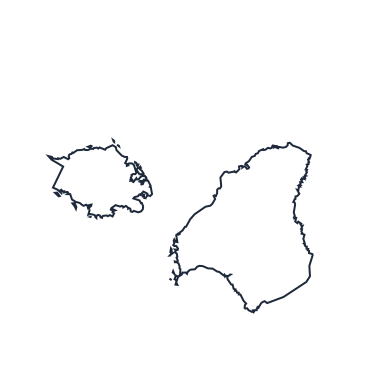 outline of Bombana, Sulawesi Tenggara, Indonesia, rotated 118°
{"feature_id": "22746128B28760414544557", "entity_name": "Bombana", "entity_type": "district", "adm_level": 2, "iso_a3": "IDN", "parent_name": "Indonesia", "parent_adm1": "Sulawesi Tenggara", "projection": "mercator", "projection_center": [121.865, -4.925], "detail": "fine", "context": "isolated", "style": "outline", "palette": "slate", "viewbox_px": 384, "rotation_deg": 118, "n_neighbors": 0, "source": "geoboundaries", "source_scale": "gbopen_adm2", "svg_char_len": 6110}
<svg xmlns="http://www.w3.org/2000/svg" viewBox="0 0 384 384"><g transform="rotate(118 192 192)"><path d="M217.7,48.8L211.0,48.3L202.1,53.7L191.2,55.8L190.3,56.6L191.0,60.0L189.0,61.0L189.1,62.5L187.7,62.7L188.2,64.3L186.3,65.0L186.7,66.2L186.2,67.3L185.1,67.6L185.0,69.1L184.0,68.7L181.1,71.7L176.9,72.6L177.3,75.5L176.5,75.3L175.5,76.9L173.2,77.3L173.4,78.3L169.7,78.5L170.4,79.6L169.5,81.1L168.7,80.8L168.3,84.2L170.0,84.3L169.6,87.0L166.2,87.8L167.1,89.0L166.1,89.1L166.5,90.0L164.8,90.1L162.3,92.5L154.6,95.1L153.0,96.6L153.3,97.8L150.3,98.0L149.7,97.4L147.3,98.5L146.3,97.2L143.2,96.4L140.8,100.0L140.7,98.9L137.3,100.0L136.7,99.2L136.5,100.4L135.7,99.8L136.0,100.9L133.8,99.9L132.6,101.1L131.5,99.2L129.9,101.6L128.5,101.4L129.0,100.4L127.8,100.0L127.7,98.9L126.7,100.0L126.5,98.8L125.3,99.9L124.4,99.1L124.5,100.0L120.6,99.8L120.2,100.7L118.5,100.8L118.8,102.2L114.8,102.3L113.9,103.5L112.6,102.2L111.2,103.2L110.6,102.7L108.9,104.7L107.5,103.9L107.2,104.7L105.5,104.0L103.6,104.6L103.9,109.0L102.5,110.6L103.3,112.1L102.6,117.9L103.7,124.8L102.6,128.7L103.9,130.3L106.0,129.5L108.1,130.2L110.1,132.4L111.4,136.5L112.5,136.6L112.8,135.6L113.4,140.2L114.2,140.7L112.7,141.5L113.1,142.6L115.7,142.5L116.8,143.3L117.3,145.6L120.3,147.1L121.5,148.8L120.9,149.4L124.4,152.1L126.7,152.0L128.6,153.7L130.6,153.5L133.0,155.7L138.0,156.2L141.6,158.1L142.6,157.9L142.2,156.0L143.4,153.2L144.7,153.2L145.8,154.5L144.5,156.6L145.1,158.1L146.8,159.0L145.5,159.5L145.6,160.4L147.4,162.5L149.5,160.9L154.0,162.2L154.3,163.9L152.9,164.1L154.1,164.3L157.8,168.8L157.6,170.8L159.2,172.7L165.9,173.7L173.2,168.9L175.6,168.9L176.5,170.4L178.3,170.8L181.2,169.3L184.3,169.0L184.5,170.7L185.3,171.1L187.3,168.3L192.7,168.5L195.4,169.3L198.7,173.2L210.3,179.2L216.8,180.8L225.3,180.9L226.1,181.9L230.4,182.3L233.4,183.7L234.9,183.1L236.0,184.0L235.3,184.8L237.5,185.7L243.1,181.4L243.5,182.8L242.1,185.4L243.5,185.3L245.5,183.6L247.7,183.6L248.0,182.2L247.0,180.8L248.5,177.8L249.8,177.5L250.8,180.0L251.4,178.6L253.2,179.0L253.5,176.6L256.1,174.5L257.1,174.9L259.4,172.2L261.0,172.8L261.4,174.6L262.0,174.1L261.2,172.9L261.3,170.5L263.5,168.0L265.1,167.4L265.6,166.0L270.4,163.8L273.1,164.2L269.5,162.2L267.6,162.5L266.0,159.7L266.6,158.0L264.3,158.3L261.4,157.0L258.8,153.1L255.6,152.4L253.8,150.9L252.4,147.8L251.9,141.9L250.0,137.9L250.4,132.4L249.8,130.5L250.8,124.9L249.8,124.6L251.2,123.1L250.0,122.8L249.7,121.3L248.3,120.0L246.9,119.5L246.8,119.2L250.4,121.2L252.4,119.5L255.3,113.9L254.7,112.7L258.0,109.7L257.6,107.9L259.0,107.7L258.5,106.4L259.7,104.9L259.0,103.5L260.5,102.6L259.8,101.1L263.9,95.3L265.1,91.8L266.9,92.2L269.6,91.2L269.9,90.2L268.8,88.8L269.8,86.5L269.7,82.7L268.5,82.2L269.1,81.2L268.2,81.1L267.7,82.3L266.0,79.5L265.2,80.0L263.4,79.1L263.3,80.1L262.5,80.1L262.1,79.0L257.3,78.7L255.2,77.4L254.3,76.6L254.8,73.5L241.7,61.9L217.7,48.8ZM253.4,316.8L253.1,311.6L254.2,307.4L252.2,308.9L251.4,308.5L252.1,306.5L251.4,305.3L252.7,305.1L250.4,302.0L251.1,300.5L252.4,301.1L251.1,298.5L255.0,294.4L255.3,289.9L254.4,286.0L255.1,282.4L255.0,281.1L252.9,279.5L253.1,278.0L250.3,274.9L251.6,274.5L254.4,275.6L256.2,273.9L260.7,272.9L259.2,271.4L258.2,268.0L258.2,266.2L259.4,265.8L259.8,264.3L258.2,265.2L256.3,264.2L256.0,262.3L257.3,260.8L257.0,259.3L255.9,259.8L254.7,259.2L252.7,256.1L252.9,255.0L250.9,253.6L250.9,250.7L247.5,250.7L247.3,252.6L245.7,252.4L244.2,251.1L244.3,253.8L245.7,254.1L245.7,255.4L244.0,255.6L239.5,253.3L238.6,248.6L237.3,247.6L237.1,246.1L237.9,245.5L235.3,243.8L235.9,240.8L236.7,240.5L235.7,239.7L235.8,238.5L237.9,237.0L237.6,235.3L236.0,234.6L235.2,230.0L233.1,227.9L230.4,227.3L227.6,228.4L225.3,231.1L225.8,231.8L224.1,234.4L225.2,240.7L223.5,240.4L221.0,237.6L219.0,237.4L218.3,236.7L219.1,235.2L218.1,236.1L214.4,235.1L214.4,230.6L216.8,229.8L215.6,229.5L215.2,227.0L212.6,226.3L207.0,230.7L207.2,231.7L205.8,231.6L202.6,236.2L204.4,239.5L208.1,239.1L209.6,240.9L208.5,240.2L207.0,241.0L207.4,243.2L206.6,243.0L205.1,240.3L203.7,240.3L203.0,237.1L201.0,239.1L202.2,239.5L200.8,239.3L199.9,241.3L202.1,244.3L206.1,245.2L206.8,246.7L206.0,247.6L210.7,248.4L210.5,250.9L211.1,251.7L210.1,252.1L209.2,250.7L208.3,252.7L205.9,252.7L205.4,253.4L203.8,252.5L202.9,250.5L200.2,250.0L200.3,251.0L195.5,255.9L194.9,258.0L195.8,260.3L196.8,261.4L198.3,260.7L199.5,261.8L197.8,262.7L197.8,264.6L193.0,264.8L191.6,265.8L192.7,268.2L192.8,271.1L190.5,278.3L188.2,280.3L188.0,284.1L193.4,288.2L195.4,288.5L196.1,294.6L197.6,295.1L197.5,296.9L199.4,299.4L200.3,299.4L201.4,301.9L203.8,303.5L205.1,306.1L204.6,307.3L206.1,308.4L209.2,313.2L213.3,315.2L213.3,316.2L214.9,316.3L216.5,317.9L218.4,317.6L219.8,316.2L221.2,316.8L221.3,321.7L224.5,323.9L225.2,326.1L225.9,325.8L227.7,330.8L226.8,332.1L227.7,335.7L229.4,331.2L230.0,317.7L253.4,316.8ZM198.5,251.5L201.0,246.8L199.7,244.4L199.8,242.8L198.5,243.3L196.8,246.3L195.6,251.2L198.5,251.5ZM258.2,292.2L259.7,288.9L261.4,286.6L259.5,287.1L256.9,290.4L258.2,292.2ZM278.6,163.6L273.3,164.5L273.3,167.8L274.2,166.8L277.2,166.5L277.2,164.9L278.6,163.6ZM257.0,312.5L258.4,307.7L257.6,306.9L255.9,310.8L257.0,312.5ZM255.0,180.3L254.2,182.3L252.3,182.9L251.7,184.1L255.2,182.9L255.2,182.1L257.0,181.3L255.0,180.3ZM200.8,305.0L200.5,302.8L198.7,302.2L198.7,303.2L200.8,305.0ZM112.7,140.9L112.3,137.0L112.2,136.9L111.6,138.6L112.7,140.9ZM281.5,163.1L280.8,161.3L279.0,163.6L281.5,163.1ZM194.6,253.1L194.2,252.3L192.9,252.3L193.5,254.0L194.6,253.1ZM194.7,248.4L193.9,249.6L195.4,250.1L195.5,248.9L194.7,248.4ZM272.1,171.3L272.7,168.9L270.7,171.5L272.1,171.3ZM192.9,256.1L192.6,254.0L192.4,256.3L192.9,256.1ZM183.2,286.0L184.3,284.8L184.4,284.2L183.4,284.8L183.2,286.0ZM218.6,232.8L217.9,232.7L216.9,232.9L217.2,233.9L218.1,233.7L218.6,232.8ZM185.4,280.3L185.8,278.0L185.6,278.2L185.4,280.3ZM218.7,231.5L219.7,231.2L219.4,230.5L218.7,231.5ZM219.1,233.5L218.8,233.0L218.2,234.3L219.1,233.5ZM279.1,171.2L279.3,169.1L279.2,168.8L279.1,171.2ZM253.4,277.0L253.9,277.3L254.3,276.9L253.4,277.0ZM258.2,181.4L257.6,181.6L258.5,181.8L258.2,181.4ZM261.4,269.7L261.7,270.0L261.5,269.1L261.4,269.7Z" fill="none" stroke="#1e293b" stroke-width="2"/></g></svg>